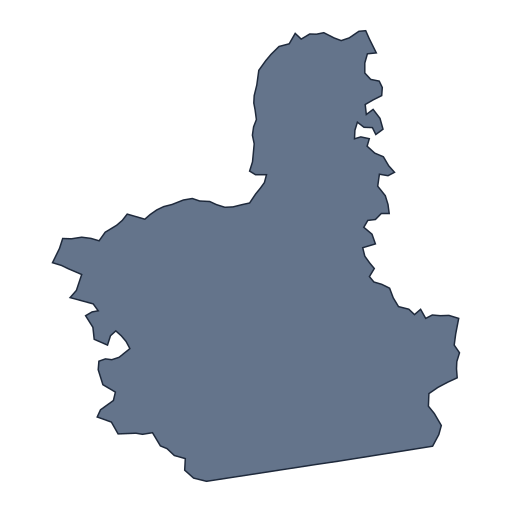 outline of Arapuã, Paraná, Brazil
{"feature_id": "56859067B42065519789749", "entity_name": "Arapuã", "entity_type": "district", "adm_level": 2, "iso_a3": "BRA", "parent_name": "Brazil", "parent_adm1": "Paraná", "projection": "robinson", "projection_center": [-51.814, -24.328], "detail": "fine", "context": "isolated", "style": "filled", "palette": "slate", "viewbox_px": 512, "rotation_deg": 0, "n_neighbors": 0, "source": "geoboundaries", "source_scale": "gbopen_adm2", "svg_char_len": 2123}
<svg xmlns="http://www.w3.org/2000/svg" viewBox="0 0 512 512"><path d="M376.3,52.9L369.1,38.4L365.7,30.7L358.9,31.3L349.2,37.9L341.2,40.6L334.0,37.9L323.8,32.7L316.4,34.2L309.7,34.0L301.2,39.1L295.2,33.4L289.2,43.8L279.0,46.5L271.0,54.4L265.8,60.6L258.8,70.3L256.8,85.0L254.2,95.6L253.8,103.0L255.1,109.9L256.4,119.6L253.6,126.8L252.4,135.2L254.2,143.8L253.2,154.6L252.5,161.9L249.6,171.1L255.5,174.7L266.5,174.7L264.4,182.6L260.5,188.0L255.7,193.9L249.6,203.0L242.2,204.6L233.0,206.9L224.9,207.3L216.4,204.6L209.7,201.5L199.7,201.0L192.3,198.5L183.4,200.0L172.0,204.5L163.7,206.6L156.8,209.9L150.2,214.5L144.8,219.2L127.2,214.1L122.3,220.4L116.6,225.3L105.2,232.2L99.1,240.8L91.0,238.4L81.7,237.2L71.4,238.8L62.7,238.5L59.5,248.4L52.5,262.7L61.4,265.4L68.4,268.8L81.7,274.5L76.4,290.4L70.1,297.6L93.2,303.9L98.2,310.8L92.1,311.9L85.6,315.7L92.9,327.3L94.2,339.3L107.5,345.1L110.5,335.7L115.8,330.9L121.3,335.8L126.1,341.5L129.9,348.6L119.1,357.3L111.8,359.7L105.4,358.9L98.9,361.2L98.2,369.7L102.9,384.7L115.4,392.1L113.4,400.5L100.5,409.8L97.2,417.0L111.4,422.1L118.1,433.9L135.9,433.2L142.5,434.3L152.5,432.7L160.4,445.9L167.0,448.6L174.3,455.5L185.3,458.6L184.7,470.2L193.6,478.1L206.5,481.3L315.1,464.6L338.3,461.2L432.6,446.2L438.8,434.6L441.3,425.5L434.3,413.5L428.4,406.2L428.9,393.6L437.9,387.4L447.5,382.3L457.2,377.8L456.5,368.8L456.8,361.6L459.5,352.8L454.2,345.1L455.7,333.9L458.7,318.4L448.9,315.4L440.3,315.7L432.3,315.0L425.7,318.4L420.6,309.3L414.5,314.6L408.8,309.2L398.5,306.6L393.2,297.8L389.6,288.2L381.7,284.3L373.9,282.0L369.4,276.6L374.3,268.5L369.7,263.0L364.8,256.2L362.7,247.7L375.4,243.9L372.0,234.2L363.8,227.3L367.8,220.4L375.4,219.5L381.3,213.5L389.2,213.5L388.0,204.5L385.3,195.7L377.7,186.2L379.4,174.2L388.0,175.7L394.5,172.3L388.7,165.8L383.4,156.8L374.7,153.1L367.1,146.2L369.3,138.7L360.8,136.9L354.5,138.8L354.9,130.3L357.4,122.2L364.0,127.3L372.4,127.6L375.8,134.5L383.0,129.2L380.0,118.4L373.1,109.4L366.3,114.5L365.2,104.5L373.3,99.8L381.7,95.6L382.3,87.5L379.2,81.1L370.7,79.4L364.8,73.0L364.8,63.0L367.4,53.8L376.3,52.9Z" fill="#64748b" stroke="#1e293b" stroke-width="1.5"/></svg>